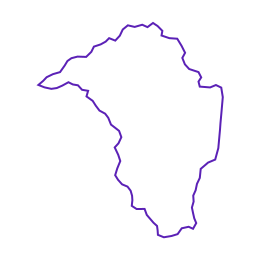 Vinhedo, São Paulo, Brazil, rotated 94°
{"feature_id": "56859067B14267912017366", "entity_name": "Vinhedo", "entity_type": "district", "adm_level": 2, "iso_a3": "BRA", "parent_name": "Brazil", "parent_adm1": "São Paulo", "projection": "albers", "projection_center": [-46.977, -23.061], "detail": "fine", "context": "isolated", "style": "outline", "palette": "violet", "viewbox_px": 256, "rotation_deg": 94, "n_neighbors": 0, "source": "geoboundaries", "source_scale": "gbopen_adm2", "svg_char_len": 1296}
<svg xmlns="http://www.w3.org/2000/svg" viewBox="0 0 256 256"><g transform="rotate(94 128 128)"><path d="M224.0,56.1L218.1,53.3L213.5,55.6L208.2,57.2L202.9,58.7L196.8,57.4L190.9,58.2L185.4,56.2L178.9,55.3L172.8,52.9L163.7,52.6L156.9,45.7L153.4,38.8L141.8,36.5L122.9,36.1L117.0,36.1L107.7,35.9L90.6,35.6L81.2,37.8L79.0,43.3L81.8,48.9L81.7,59.3L76.8,60.9L72.4,58.5L67.3,61.6L64.9,71.1L60.5,75.7L54.3,78.7L49.0,76.3L42.3,80.3L35.5,85.1L35.5,93.0L33.4,101.0L28.7,100.5L24.2,105.6L21.5,110.4L26.0,115.6L24.0,121.0L26.7,128.4L25.6,135.3L30.1,140.1L36.5,142.6L41.7,146.8L39.7,153.1L43.4,156.3L46.5,161.1L49.2,167.7L54.6,169.9L60.0,174.7L60.3,183.3L62.3,189.3L65.4,193.1L70.1,195.5L77.0,199.7L79.5,206.6L83.0,212.7L86.9,215.9L91.3,220.4L93.3,214.1L94.3,207.2L93.1,201.8L90.3,196.5L86.5,190.6L88.4,186.1L88.9,180.9L93.1,176.5L93.7,170.4L99.4,171.6L103.4,165.1L108.0,161.7L112.6,157.7L115.3,151.8L119.2,148.4L125.8,145.2L131.5,136.7L137.6,134.0L143.9,136.4L148.3,139.9L155.4,135.9L161.5,133.4L169.1,135.9L176.0,137.5L180.4,134.3L184.6,130.0L186.5,124.4L190.4,121.0L195.3,119.2L199.7,118.6L205.4,118.8L208.2,113.8L207.6,105.8L213.4,103.2L220.7,96.0L223.7,92.2L228.1,91.3L232.5,90.7L234.5,84.6L232.7,77.1L230.4,71.1L224.3,67.4L222.3,60.6L224.0,56.1Z" fill="none" stroke="#5b21b6" stroke-width="2"/></g></svg>